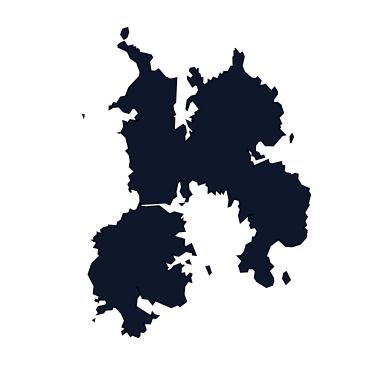 outline of Tasman, Tasmania, Australia, rotated 189°
{"feature_id": "25037944B3196758006224", "entity_name": "Tasman", "entity_type": "district", "adm_level": 2, "iso_a3": "AUS", "parent_name": "Australia", "parent_adm1": "Tasmania", "projection": "orthographic", "projection_center": [147.839, -43.044], "detail": "fine", "context": "isolated", "style": "filled", "palette": "ink", "viewbox_px": 384, "rotation_deg": 189, "n_neighbors": 0, "source": "geoboundaries", "source_scale": "gbopen_adm2", "svg_char_len": 6078}
<svg xmlns="http://www.w3.org/2000/svg" viewBox="0 0 384 384"><g transform="rotate(189 192 192)"><path d="M180.4,83.0L184.0,89.2L184.6,97.6L181.8,103.5L178.4,102.9L180.1,107.2L179.4,110.8L181.4,111.3L183.9,107.3L186.0,108.1L186.8,110.8L190.3,109.4L190.9,115.6L188.2,118.5L190.7,117.6L192.4,119.3L198.4,115.7L199.9,112.8L202.9,110.3L203.8,110.0L204.9,111.8L203.9,113.5L205.8,113.5L205.0,114.7L208.3,118.7L201.6,117.9L198.4,122.2L202.2,127.1L195.0,126.7L189.0,132.4L182.1,132.4L181.5,130.1L178.2,130.2L184.5,140.6L189.8,136.4L191.5,138.4L192.1,143.9L203.3,145.4L199.0,150.7L192.9,152.2L195.6,157.2L193.6,161.6L196.8,161.8L200.1,164.5L197.8,168.4L206.1,169.4L210.6,166.7L222.4,173.1L235.0,170.0L240.2,169.6L240.8,171.9L216.3,177.3L211.9,176.1L210.0,182.3L206.7,185.3L208.1,189.7L207.5,199.0L205.0,201.8L202.9,195.4L203.5,190.6L199.4,185.5L196.0,185.6L197.0,181.6L194.8,181.8L194.4,186.8L191.8,189.5L195.5,193.6L197.1,199.8L193.7,204.4L187.7,202.6L186.7,200.1L178.9,204.0L179.1,200.9L176.5,199.6L175.7,193.5L172.9,195.8L168.9,193.4L169.3,196.6L167.8,197.4L163.8,194.6L162.9,198.3L160.8,195.3L159.9,198.9L157.7,199.9L153.9,189.8L153.8,183.2L151.7,184.3L149.5,191.8L144.2,191.2L142.5,187.5L143.9,185.2L141.4,182.6L142.2,176.1L139.4,169.3L132.3,178.1L127.2,179.7L132.2,177.6L131.8,172.7L129.0,171.3L129.7,168.3L127.9,165.4L124.3,167.1L121.2,163.7L122.6,157.3L125.0,156.8L124.7,152.3L130.0,148.1L130.9,141.2L133.4,136.7L136.9,135.9L131.4,131.7L134.2,126.4L131.3,120.6L124.9,122.0L124.5,125.2L119.9,126.0L116.8,123.6L116.8,117.0L113.6,113.7L103.5,109.6L98.3,112.5L97.4,116.2L98.2,119.6L103.6,126.3L99.9,131.2L104.1,134.1L106.1,138.7L107.0,139.3L108.4,139.3L108.8,139.6L106.4,151.1L99.2,158.6L91.1,153.2L84.4,153.8L77.0,157.5L72.2,165.0L72.5,171.9L76.0,174.3L73.9,177.0L76.2,180.9L74.4,185.6L77.7,189.0L74.4,197.5L75.6,198.6L74.6,207.7L77.2,210.8L76.9,213.8L84.9,215.6L89.8,221.3L90.1,226.0L93.2,226.3L96.2,223.7L97.9,225.6L102.7,225.4L104.5,227.4L104.7,232.3L107.6,232.5L108.5,235.7L117.6,232.0L120.4,232.5L121.8,235.7L135.1,227.1L136.9,230.9L139.6,230.8L139.9,236.8L142.2,239.7L143.2,242.9L138.7,240.8L138.2,237.5L135.5,237.1L133.7,234.1L126.1,237.7L126.9,239.3L129.9,237.9L132.3,241.2L135.9,241.9L136.8,247.7L134.3,252.6L131.6,253.6L126.8,249.5L119.0,250.5L111.8,262.1L109.0,263.0L116.2,268.2L114.9,269.5L116.2,272.1L114.4,273.6L118.0,279.0L114.2,284.4L117.9,291.7L121.5,293.7L125.8,292.8L125.9,296.8L123.2,301.8L123.6,304.7L126.8,308.2L129.4,304.0L136.1,309.5L142.5,307.2L141.3,312.6L145.1,315.8L146.8,313.7L151.1,313.7L159.2,318.9L162.5,324.4L161.8,333.8L164.2,337.6L166.3,335.5L172.0,340.8L170.7,338.5L172.4,337.8L171.5,333.1L172.5,331.7L170.7,322.1L173.2,322.2L175.0,316.5L179.2,315.8L180.3,312.0L182.6,313.4L184.2,307.5L188.8,308.5L190.6,304.2L193.4,305.5L193.0,302.5L196.5,299.6L198.7,301.3L199.4,306.5L201.2,305.7L202.7,309.6L204.7,309.9L205.4,315.2L206.6,311.7L208.9,315.1L213.0,313.8L213.3,311.3L208.5,307.4L210.9,303.7L214.3,305.2L213.9,302.8L208.0,296.1L205.1,298.8L203.3,298.0L201.2,293.6L203.2,288.2L207.7,286.3L210.9,282.1L210.7,272.8L209.6,272.1L208.2,279.8L205.7,282.6L197.1,274.6L201.4,270.8L200.2,269.2L205.0,265.7L203.1,265.5L203.1,262.2L201.7,262.5L202.6,259.9L208.3,261.8L205.5,256.5L199.7,251.9L202.1,250.0L203.9,252.1L201.6,247.3L206.8,239.7L208.1,246.3L207.1,249.9L209.0,255.8L211.3,257.1L217.8,250.9L219.5,251.3L220.8,262.5L224.0,262.5L220.5,265.9L223.5,270.3L224.5,275.2L222.4,277.8L225.1,302.2L230.7,299.9L236.0,301.2L244.3,308.1L247.2,305.3L251.6,305.0L254.5,314.2L252.2,318.7L254.0,320.9L266.1,321.7L266.4,323.9L268.2,324.9L269.7,323.2L270.5,326.3L272.8,325.5L273.5,327.6L278.4,325.6L282.4,329.9L285.7,328.0L288.0,325.4L287.4,323.6L277.7,320.8L273.6,314.5L266.8,311.3L261.8,302.5L261.8,298.0L270.6,285.2L272.6,276.0L277.3,274.4L280.0,267.7L283.5,267.8L285.0,263.1L277.3,264.8L272.4,260.7L266.6,260.0L264.1,265.2L261.7,266.0L256.8,261.3L259.8,256.8L258.2,254.4L255.9,254.7L256.9,253.2L264.3,253.7L267.4,248.6L267.9,250.9L271.2,251.4L269.4,245.8L271.5,239.4L265.8,235.8L261.2,224.9L263.5,222.2L259.9,219.3L257.6,213.1L257.6,207.1L251.8,203.1L256.7,197.8L254.0,193.6L256.3,189.7L254.3,187.0L254.6,184.7L253.7,183.5L252.9,185.6L246.5,184.9L243.1,180.9L241.6,174.6L243.8,166.0L246.5,163.8L250.3,165.3L251.2,161.2L256.3,159.6L257.5,153.0L260.5,150.6L260.8,146.6L269.0,146.1L269.2,144.5L273.5,143.0L276.1,140.2L274.5,136.4L279.2,137.3L278.8,135.0L281.8,131.7L281.0,128.4L278.0,127.2L280.2,122.1L274.9,121.7L275.0,116.6L273.0,114.5L279.6,105.5L281.5,94.4L273.8,83.7L273.4,76.2L267.2,74.6L267.4,70.8L260.7,72.0L258.9,69.8L259.3,66.8L266.4,64.0L267.8,61.0L265.1,58.1L266.2,56.5L260.6,58.9L259.0,62.0L252.8,63.4L251.9,66.2L249.1,66.2L242.6,61.0L238.3,54.3L239.8,47.8L235.8,47.1L239.3,43.0L238.2,40.5L234.3,44.2L230.2,39.9L228.5,41.6L222.5,40.1L221.1,41.7L221.7,46.0L217.8,45.8L215.9,48.5L219.0,54.7L212.6,55.5L211.5,61.6L208.1,61.5L205.7,64.5L209.7,64.7L212.3,67.0L212.7,64.1L214.4,63.5L229.3,70.1L229.8,78.2L227.3,83.2L228.5,84.4L229.3,86.4L230.4,87.9L231.0,89.0L231.4,90.0L224.3,79.2L218.3,79.4L213.3,74.7L212.0,77.3L212.7,79.0L212.7,79.3L194.4,74.8L188.3,78.5L185.8,77.2L180.4,83.0ZM280.7,334.4L279.7,339.7L281.3,344.1L285.7,341.9L286.9,336.4L283.1,332.4L280.7,334.4ZM86.4,127.7L88.5,125.9L88.7,120.4L84.7,115.8L81.3,120.5L86.4,127.7ZM160.6,115.4L163.5,121.3L166.3,120.3L161.9,113.4L160.6,115.4ZM100.6,262.5L102.3,264.9L103.6,261.9L102.2,255.8L100.6,262.5ZM182.2,120.9L184.3,124.2L186.9,122.4L186.0,121.3L182.2,120.9ZM199.9,177.2L198.4,179.4L201.8,178.4L199.9,177.2ZM286.8,263.0L286.6,260.6L285.5,261.4L286.8,263.0ZM310.8,249.4L310.7,251.1L311.8,251.2L310.8,249.4ZM267.9,70.3L269.6,70.6L269.9,69.3L268.3,69.0L267.9,70.3ZM285.7,263.5L285.5,261.7L284.6,262.3L285.7,263.5ZM268.5,49.2L268.4,50.9L269.6,49.9L268.5,49.2ZM252.0,182.0L252.9,183.6L253.5,183.2L252.0,182.0ZM267.8,70.4L267.2,69.4L267.2,70.4L267.8,70.4ZM269.9,70.0L270.4,70.5L270.6,69.9L269.9,70.0ZM197.1,162.8L197.0,163.7L197.7,162.9L197.1,162.8ZM281.9,128.3L282.0,128.8L282.7,128.7L281.9,128.3ZM272.2,238.8L273.2,239.1L273.4,239.0L272.2,238.8Z" fill="#0f172a" stroke="#020617" stroke-width="1.5"/></g></svg>